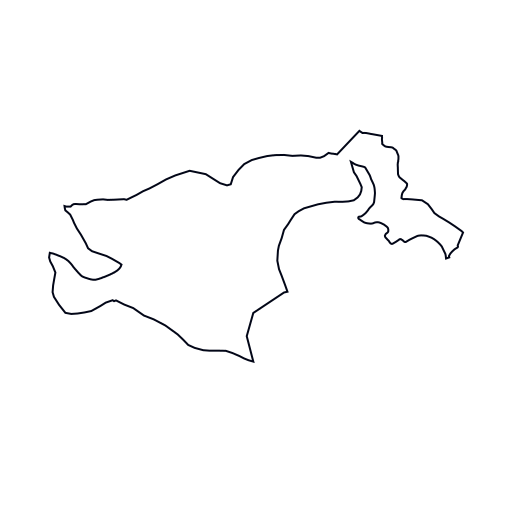 outline of Monchy/La Borne, Dauphin, Saint Lucia, rotated 164°
{"feature_id": "8701671B33864037616544", "entity_name": "Monchy/La Borne", "entity_type": "district", "adm_level": 2, "iso_a3": "LCA", "parent_name": "Saint Lucia", "parent_adm1": "Dauphin", "projection": "natural_earth1", "projection_center": [-60.921, 14.047], "detail": "fine", "context": "isolated", "style": "outline", "palette": "ink", "viewbox_px": 512, "rotation_deg": 164, "n_neighbors": 0, "source": "geoboundaries", "source_scale": "gbopen_adm2", "svg_char_len": 6056}
<svg xmlns="http://www.w3.org/2000/svg" viewBox="0 0 512 512"><g transform="rotate(164 256 256)"><path d="M50.5,221.5L51.5,223.3L56.5,229.6L61.1,235.0L65.7,240.0L69.2,243.6L72.7,248.1L74.2,252.6L76.5,258.4L81.1,263.8L90.4,267.4L95.4,269.2L98.8,270.1L100.2,271.4L100.1,272.0L99.6,273.0L99.4,273.6L99.0,274.4L98.5,275.3L97.9,276.2L97.3,276.8L96.1,277.8L95.2,278.3L94.5,278.7L93.8,279.3L93.3,279.9L92.7,280.4L92.1,281.0L91.5,282.0L91.1,282.9L90.9,283.8L91.2,284.5L91.7,285.3L92.8,287.1L93.8,288.4L94.9,290.0L96.3,292.0L96.6,292.9L96.8,293.9L96.9,295.1L96.9,295.7L96.6,296.7L96.4,297.6L96.1,298.8L95.5,301.1L95.2,302.2L95.0,303.2L94.5,305.2L94.2,305.8L93.9,306.7L93.2,307.8L93.0,308.6L92.4,309.8L91.6,312.5L91.5,313.6L91.6,314.4L91.8,316.1L91.9,317.2L92.0,318.4L92.4,319.3L93.3,320.5L93.9,321.2L94.5,322.2L95.2,322.8L96.4,323.4L97.2,323.7L98.3,324.1L100.3,325.0L101.2,325.5L101.7,325.9L102.5,326.9L103.3,328.1L103.8,329.0L103.4,330.1L103.0,332.4L102.7,333.8L102.2,334.9L102.1,335.8L101.8,336.7L110.7,341.1L111.4,341.4L112.4,341.9L113.3,342.4L114.5,343.0L115.3,343.4L116.3,343.9L118.4,344.6L119.2,344.7L119.8,344.9L120.1,345.4L120.5,345.8L121.6,347.1L122.1,347.8L150.1,331.3L150.7,331.7L151.1,331.8L151.6,332.2L151.9,332.2L152.3,332.4L153.5,333.0L154.0,333.2L154.2,333.3L154.7,333.4L154.9,333.5L155.5,333.8L156.0,334.1L156.5,334.3L157.3,334.8L157.8,335.1L163.1,333.2L167.3,332.8L171.1,333.9L178.1,337.6L185.2,340.3L193.4,342.2L201.2,345.4L209.8,347.7L211.3,347.9L212.0,348.1L217.8,349.0L226.3,349.4L233.6,349.4L242.0,347.6L249.0,343.6L256.3,338.2L260.5,331.9L264.4,331.9L270.5,335.9L281.7,348.5L296.3,356.2L311.3,355.7L321.3,354.4L331.0,352.1L339.8,350.3L346.7,349.4L354.1,347.6L359.4,346.7L364.9,345.7L367.2,347.0L376.4,349.1L383.1,350.8L387.4,352.6L392.9,353.8L396.1,354.3L399.8,353.9L405.2,352.7L410.9,354.2L414.4,355.5L416.6,356.1L417.9,355.9L418.5,355.7L418.8,355.6L420.6,354.6L424.8,355.8L426.3,356.8L426.6,354.8L426.7,352.4L424.9,349.8L423.2,347.0L422.1,341.1L421.8,338.1L420.6,331.8L418.4,324.7L416.1,315.1L415.3,309.7L412.3,305.8L406.5,301.8L399.7,297.2L395.3,293.1L389.3,286.9L387.7,284.8L388.4,283.9L388.6,283.5L389.0,283.1L389.5,282.6L389.9,282.3L390.4,281.9L391.0,281.5L391.7,281.1L392.2,280.9L392.7,280.6L393.1,280.4L393.7,280.2L394.0,280.1L394.3,280.0L395.0,279.8L395.4,279.7L395.6,279.6L396.7,279.3L397.0,279.3L397.3,279.1L397.6,279.2L399.0,278.8L400.7,278.6L401.1,278.5L401.3,278.4L402.5,278.3L403.7,278.1L403.9,278.1L404.3,278.1L404.6,278.0L405.0,278.0L405.7,277.9L406.1,277.8L406.5,277.8L407.2,277.7L407.8,277.7L408.1,277.6L408.9,277.7L409.5,277.6L409.9,277.6L410.1,277.5L410.4,277.4L410.8,277.4L411.6,277.4L412.6,277.4L413.0,277.3L416.7,277.4L417.0,277.5L417.3,277.5L417.7,277.7L418.0,277.8L418.4,277.8L418.6,277.9L419.0,278.1L419.3,278.2L419.9,278.4L420.6,278.8L421.3,279.1L422.2,279.7L422.5,279.8L423.8,280.7L424.3,281.0L424.8,281.4L426.1,282.2L427.8,283.5L428.3,284.0L428.5,284.1L429.1,284.8L429.7,285.7L429.8,286.0L430.0,286.2L430.3,286.8L430.4,287.1L430.6,287.4L430.7,287.7L430.9,288.0L431.2,288.5L431.7,289.5L431.9,290.0L432.2,290.7L432.4,290.9L432.5,291.2L433.2,292.8L433.4,293.1L433.7,293.7L433.8,294.1L434.1,294.7L434.7,296.1L434.9,296.6L435.0,297.1L435.4,298.1L435.7,298.8L435.9,299.3L436.9,301.3L437.1,301.7L437.5,302.3L437.6,302.7L438.0,303.2L438.2,303.5L438.5,303.9L438.8,304.2L438.9,304.5L439.1,304.7L439.3,305.0L439.5,305.2L440.1,305.9L440.4,306.2L440.9,306.8L441.4,307.3L441.8,307.6L442.1,307.8L442.3,308.0L442.6,308.3L444.6,310.0L445.4,310.5L445.7,310.8L446.1,311.1L446.3,311.2L447.0,311.8L447.6,312.3L448.5,312.9L448.9,313.2L449.7,313.8L450.1,314.1L450.6,314.4L451.1,314.7L451.8,315.0L453.3,315.9L455.3,311.6L455.3,307.5L454.1,302.1L453.4,295.4L456.5,289.1L459.1,283.7L461.5,277.3L461.5,272.4L458.8,263.4L454.9,253.9L449.5,251.2L443.4,249.9L436.4,249.0L429.5,248.5L419.5,250.8L413.3,252.6L406.0,253.0L404.9,251.7L402.8,251.9L396.0,245.6L388.4,239.8L380.1,229.6L371.8,223.3L362.3,214.2L352.9,202.2L348.9,195.3L345.7,189.2L340.3,184.6L332.7,180.0L326.5,177.7L318.7,175.5L311.2,173.2L305.5,169.3L299.4,164.3L295.8,160.9L292.1,158.0L287.7,155.2L287.0,181.5L274.3,202.0L239.1,213.2L235.6,213.0L236.0,219.6L236.8,230.0L237.5,237.0L236.8,245.6L233.4,255.2L231.2,259.5L226.4,266.1L221.9,273.4L216.3,277.8L213.0,280.8L207.4,285.6L202.6,287.3L196.7,288.6L182.2,288.6L173.7,287.8L165.5,286.5L158.1,284.3L152.1,283.0L146.6,282.6L142.1,284.3L139.1,286.5L136.9,289.5L135.4,293.0L135.8,296.5L137.3,305.1L138.8,309.5L138.8,320.4L136.8,318.3L136.6,317.9L135.0,316.4L132.4,314.6L129.3,312.9L127.8,312.0L127.0,311.4L126.6,310.8L125.0,304.6L124.5,302.7L124.3,301.2L124.2,299.4L124.2,298.3L123.6,294.8L123.2,292.1L123.2,290.7L123.3,289.0L123.5,287.7L123.7,286.6L124.3,283.7L125.0,281.8L125.8,279.8L126.6,277.8L127.5,275.6L127.9,274.8L128.3,274.4L129.1,273.4L131.1,272.2L132.3,271.6L133.3,271.0L134.4,270.3L135.4,269.4L136.6,268.5L138.9,267.0L141.4,265.9L143.7,265.1L144.4,265.1L145.1,265.2L145.7,265.3L146.2,265.4L146.7,265.2L147.0,265.0L147.2,264.4L147.2,263.9L146.9,263.2L146.1,262.4L145.0,261.0L142.9,258.6L142.1,258.0L141.0,257.3L139.6,256.6L138.6,256.2L137.2,255.6L136.0,255.3L135.0,255.2L134.1,255.2L132.9,255.4L131.2,255.3L129.6,254.9L128.5,254.4L127.5,253.7L126.8,253.2L124.3,250.9L123.4,249.7L122.4,248.4L121.8,247.4L121.5,246.6L121.5,245.2L121.7,244.4L122.0,243.4L122.3,242.9L123.2,242.2L125.1,241.5L125.8,240.8L126.5,240.0L126.6,239.1L126.4,238.1L125.7,236.8L125.2,235.7L124.4,234.3L124.1,233.7L123.8,232.5L123.5,231.8L123.2,231.1L122.4,230.3L121.4,230.1L117.5,231.1L114.4,232.1L113.5,232.5L112.7,232.5L112.0,232.2L111.7,231.7L110.9,231.0L110.1,229.7L109.6,228.9L109.0,228.4L108.1,228.2L104.0,229.3L100.8,229.9L95.3,230.8L93.8,230.7L91.6,230.3L89.2,229.5L86.7,228.5L85.0,227.3L82.2,225.2L80.2,223.1L78.6,221.0L77.4,219.2L75.8,216.3L74.8,214.0L74.7,213.5L73.9,208.7L73.4,205.9L73.5,204.3L74.0,201.2L70.6,201.4L70.6,202.5L70.3,203.1L69.7,203.6L68.9,204.4L68.2,205.0L67.2,205.6L66.3,206.2L63.3,207.7L61.6,208.2L60.9,208.4L60.0,208.6L59.4,209.1L59.2,209.6L59.2,210.6L50.5,221.5Z" fill="none" stroke="#020617" stroke-width="2"/></g></svg>